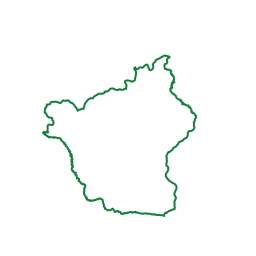 outline of Gigante, Huila, Colombia, rotated 31°
{"feature_id": "7082276B55620946871412", "entity_name": "Gigante", "entity_type": "district", "adm_level": 2, "iso_a3": "COL", "parent_name": "Colombia", "parent_adm1": "Huila", "projection": "albers", "projection_center": [-75.538, 2.393], "detail": "fine", "context": "isolated", "style": "outline", "palette": "green", "viewbox_px": 256, "rotation_deg": 31, "n_neighbors": 0, "source": "geoboundaries", "source_scale": "gbopen_adm2", "svg_char_len": 5850}
<svg xmlns="http://www.w3.org/2000/svg" viewBox="0 0 256 256"><g transform="rotate(31 128 128)"><path d="M209.6,173.7L209.3,172.4L207.8,170.5L205.7,167.1L205.3,163.8L204.8,162.9L202.2,161.2L201.4,160.1L200.8,155.6L200.4,154.1L199.6,153.2L198.8,152.5L196.4,151.9L194.0,152.1L189.9,151.9L185.5,150.1L184.5,148.7L184.1,147.5L184.3,144.6L183.6,142.3L182.7,140.9L180.2,140.3L179.5,139.6L178.8,137.0L178.3,136.2L177.3,135.1L177.0,134.2L175.3,132.2L175.0,128.1L175.1,127.7L176.0,127.2L176.5,125.4L177.3,124.0L177.1,122.0L178.5,119.5L179.2,115.9L178.9,114.2L179.6,113.4L180.1,112.3L181.1,111.0L181.4,110.4L181.6,108.8L183.2,106.1L183.1,103.9L181.8,101.4L181.8,99.5L182.1,99.0L183.3,98.4L184.3,97.2L184.9,94.9L184.9,94.2L184.4,92.9L183.4,92.4L182.1,89.9L181.5,89.3L181.7,87.9L181.2,87.1L180.8,86.1L180.9,83.7L179.9,82.6L179.2,82.6L178.9,82.1L178.5,82.1L177.3,81.4L176.3,81.4L175.7,81.9L174.6,81.8L174.6,81.2L173.9,81.1L173.8,80.6L173.2,80.2L172.4,79.3L171.6,79.1L170.3,78.4L169.4,78.9L169.0,78.0L168.5,77.7L167.5,77.9L166.9,78.3L166.3,78.3L166.0,78.7L164.6,78.7L164.1,78.3L163.1,79.2L162.6,78.6L162.4,78.9L162.1,78.8L161.9,79.1L161.4,78.0L160.2,78.0L160.0,77.4L159.3,77.1L158.7,77.5L158.3,76.8L156.7,77.4L155.0,77.4L153.5,76.8L152.2,75.7L150.8,75.7L149.9,75.3L149.2,75.5L148.8,75.3L148.3,75.6L147.8,75.2L147.1,75.2L146.5,74.7L145.6,74.6L145.2,73.9L144.2,73.1L144.2,71.5L145.0,71.4L145.1,70.8L144.2,69.6L143.5,69.6L143.6,69.0L143.3,68.8L143.3,68.2L142.9,67.8L143.3,67.1L142.6,67.1L142.4,66.8L142.6,66.6L143.1,66.7L143.5,66.4L143.5,65.9L143.3,65.5L143.7,65.1L143.0,64.9L143.1,64.3L142.5,64.3L142.3,63.1L142.5,62.5L140.2,60.0L139.3,60.0L139.1,60.2L138.6,60.1L138.4,59.4L138.0,59.2L136.7,59.4L136.0,57.8L135.8,56.9L134.4,56.9L133.7,56.6L131.7,57.8L131.3,57.9L130.6,57.5L130.0,58.1L129.3,58.2L128.9,58.0L127.4,56.4L126.6,54.4L127.9,52.8L127.8,51.3L126.4,49.8L126.1,49.0L126.2,48.4L126.5,47.5L126.1,46.6L126.4,46.2L127.1,46.1L127.0,45.7L126.3,45.6L122.1,47.0L121.2,48.2L119.2,51.9L117.6,54.4L117.0,54.8L116.9,55.8L117.2,56.5L117.1,57.2L116.5,59.2L116.6,60.9L117.7,61.7L118.3,62.8L118.7,64.6L118.2,66.0L117.4,66.9L116.2,66.9L112.1,63.9L111.5,63.9L110.8,64.7L110.4,65.4L109.5,68.5L108.9,69.1L107.7,69.4L106.9,70.0L106.3,70.9L106.1,72.2L105.8,72.7L104.3,73.4L103.7,73.2L103.1,72.4L102.5,73.3L102.6,73.5L103.9,74.8L104.9,74.9L106.1,75.9L106.7,76.7L109.2,83.5L108.6,85.0L107.6,86.2L104.2,86.9L103.1,87.4L102.1,88.2L101.4,89.4L101.5,89.9L102.2,90.6L104.8,92.2L106.1,95.6L105.3,95.9L104.7,96.6L104.3,97.4L103.3,98.5L101.1,98.9L100.4,99.5L100.1,100.4L98.2,101.4L95.8,101.8L94.9,101.7L92.5,103.5L92.1,106.1L91.4,107.2L89.4,108.8L89.8,109.2L89.3,110.9L88.5,111.7L84.9,114.0L84.5,115.6L84.1,115.9L82.8,118.3L82.4,120.4L82.5,120.7L80.6,121.8L79.3,123.7L78.5,129.0L79.4,133.0L80.0,133.9L80.0,134.5L78.2,135.5L77.9,136.6L76.6,137.4L76.0,139.0L74.0,137.9L73.0,137.1L71.8,137.0L70.4,136.2L68.4,135.5L66.8,135.4L65.7,135.9L62.9,135.0L62.5,135.1L60.9,136.3L60.5,137.0L58.1,137.8L57.9,138.7L58.0,139.1L57.3,141.4L55.5,142.0L54.4,142.0L52.0,142.9L51.2,143.4L50.8,144.1L50.0,144.3L49.0,145.0L48.7,145.9L48.8,147.6L47.2,149.4L46.4,149.7L47.2,151.8L47.0,152.0L47.1,152.8L46.8,153.6L47.4,154.5L47.6,155.7L48.8,157.8L50.3,157.7L51.7,158.8L53.1,159.6L53.7,159.5L54.6,159.8L55.2,159.6L55.7,159.2L57.7,158.6L58.6,159.4L59.0,160.2L60.1,160.4L61.5,161.7L61.9,163.5L61.8,164.0L61.3,164.7L59.5,165.2L58.4,165.9L58.0,166.7L58.3,168.2L59.8,170.5L60.4,171.9L61.6,172.8L61.5,173.3L58.0,174.5L57.7,175.9L58.4,176.2L58.7,176.1L59.5,176.2L60.0,175.9L60.5,176.5L61.5,176.2L62.2,176.3L63.0,176.8L63.5,176.5L64.9,176.7L65.2,176.1L66.3,176.0L67.0,175.3L67.7,175.1L69.1,174.3L69.6,174.5L70.0,173.6L73.1,172.8L74.0,172.1L75.5,171.9L76.4,172.3L76.7,172.8L77.7,173.1L79.0,173.2L80.0,173.6L81.1,173.4L81.4,174.4L82.8,174.2L83.2,174.4L83.9,175.6L84.9,175.4L86.8,176.2L87.2,177.0L87.7,176.9L89.0,177.4L89.5,178.3L90.1,177.8L90.4,177.9L91.0,178.4L91.4,179.6L93.1,179.8L92.9,180.9L93.9,180.6L94.0,180.9L93.6,181.4L93.7,181.9L94.6,181.7L95.4,182.4L95.8,183.4L96.7,183.7L96.7,184.2L96.1,184.6L96.6,185.1L96.8,185.8L97.9,185.8L98.0,186.2L97.8,186.9L98.4,187.3L98.4,188.4L99.1,188.4L99.3,188.8L100.0,188.6L100.3,188.9L100.4,189.4L100.9,190.2L100.4,190.8L100.7,192.1L101.6,192.6L102.1,193.3L103.2,193.0L103.8,193.8L104.7,193.9L106.2,193.2L106.3,193.6L106.1,193.8L106.6,194.1L106.6,194.9L107.5,195.2L108.4,195.0L108.6,195.8L109.5,196.6L110.2,197.5L111.5,196.6L112.4,197.1L113.0,198.8L113.5,198.4L116.5,199.7L116.9,199.7L117.5,199.1L118.2,199.5L118.6,199.2L119.1,199.3L119.7,198.8L120.7,199.0L121.3,199.7L121.3,200.5L121.7,201.0L121.9,201.9L121.6,202.2L121.6,202.7L123.1,204.4L123.0,205.7L123.7,205.9L124.1,207.0L124.7,207.5L125.4,207.9L125.9,207.8L126.4,208.0L127.2,209.0L127.6,208.9L127.5,209.2L127.8,209.6L128.3,209.8L129.3,209.5L129.6,210.4L131.0,210.4L132.0,209.6L132.3,209.6L132.6,210.0L133.1,209.5L133.7,209.6L134.7,208.6L135.1,208.5L135.3,207.9L136.0,207.8L136.9,206.6L137.4,206.5L137.6,205.6L138.8,204.3L139.3,204.3L139.3,203.7L139.9,203.0L140.6,202.7L141.6,202.9L142.6,202.5L143.2,202.7L146.2,205.9L146.8,206.1L147.7,207.7L149.3,208.2L149.6,208.9L149.9,209.1L150.2,208.9L152.8,209.0L153.9,208.5L155.4,207.3L156.3,205.1L157.1,205.1L159.8,206.7L160.4,206.5L161.2,204.7L161.9,204.3L163.3,204.9L163.9,204.1L164.7,203.9L165.9,204.8L166.8,204.9L167.6,204.6L167.7,204.0L168.8,203.2L168.8,202.6L169.7,202.1L170.4,202.0L170.8,201.7L170.9,200.9L172.2,200.2L172.9,198.9L174.4,198.4L174.9,198.4L175.2,197.9L175.7,198.0L177.3,196.1L177.7,196.0L178.0,196.4L178.7,196.3L179.6,195.5L182.8,194.8L184.1,194.1L185.1,193.8L186.4,192.5L188.1,191.6L188.7,191.7L190.6,190.3L192.0,189.9L193.1,189.8L194.6,188.6L195.9,188.4L196.5,187.7L197.2,187.8L202.1,185.2L202.8,185.1L204.1,184.7L203.5,183.0L203.7,181.5L203.9,181.1L204.8,180.9L205.0,180.0L205.7,178.5L208.3,174.9L209.6,173.7Z" fill="none" stroke="#15803d" stroke-width="2"/></g></svg>